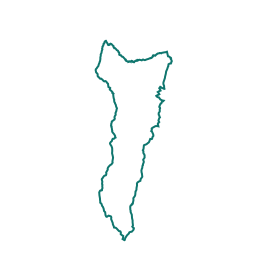 Muereasca, Vâlcea, Romania (Robinson projection), rotated 226°
{"feature_id": "2599482B47458721645660", "entity_name": "Muereasca", "entity_type": "district", "adm_level": 2, "iso_a3": "ROU", "parent_name": "Romania", "parent_adm1": "Vâlcea", "projection": "robinson", "projection_center": [24.285, 45.218], "detail": "fine", "context": "isolated", "style": "outline", "palette": "teal", "viewbox_px": 256, "rotation_deg": 226, "n_neighbors": 0, "source": "geoboundaries", "source_scale": "gbopen_adm2", "svg_char_len": 5843}
<svg xmlns="http://www.w3.org/2000/svg" viewBox="0 0 256 256"><g transform="rotate(226 128 128)"><path d="M190.6,143.9L190.0,143.7L188.2,143.7L187.1,143.0L186.7,142.4L185.9,142.1L184.8,142.3L183.2,142.1L182.4,142.5L182.3,142.9L182.0,143.0L180.5,143.2L179.0,143.1L178.0,143.3L177.9,143.4L177.6,144.2L177.2,144.5L175.6,144.5L174.9,144.3L173.8,144.4L171.1,142.4L170.7,142.5L169.5,143.0L169.1,143.0L168.6,141.9L168.3,141.6L165.6,141.8L164.6,141.7L164.4,141.7L164.2,141.1L162.8,141.4L162.6,140.8L160.4,139.1L159.0,138.2L158.0,137.8L157.7,137.4L156.3,136.3L155.2,136.1L154.8,135.8L152.9,135.2L152.3,134.7L150.8,134.0L149.9,133.8L148.9,132.1L148.4,131.6L147.4,129.3L146.7,128.9L146.0,128.2L145.8,127.1L145.3,125.9L145.0,125.6L144.1,125.2L143.5,124.2L143.7,123.7L143.6,123.0L143.9,121.6L143.9,120.8L143.3,120.2L142.7,118.9L142.2,118.5L141.8,117.7L140.5,117.3L140.4,117.1L140.4,116.8L139.7,116.6L138.2,115.6L138.1,115.4L137.0,114.8L137.0,114.7L136.8,114.4L135.8,113.9L133.0,113.7L131.2,113.2L130.7,112.7L129.8,112.4L130.1,111.6L130.0,111.0L130.1,110.3L130.8,109.5L130.7,108.9L129.8,107.2L129.9,106.1L129.7,104.8L129.5,104.4L128.5,103.9L126.4,103.5L124.5,102.6L122.4,100.7L120.9,99.0L118.3,97.5L117.0,96.6L114.8,93.6L113.7,92.8L113.6,91.8L113.3,90.9L113.6,89.9L113.7,89.2L113.6,87.2L113.4,86.1L112.9,85.1L112.1,84.5L111.2,81.4L110.3,80.8L109.8,80.2L109.4,79.5L109.4,79.1L109.9,78.3L110.1,77.6L109.9,76.0L109.5,74.6L109.6,74.2L109.5,73.8L109.1,73.3L107.3,72.3L105.7,70.4L104.8,70.1L104.2,69.2L102.5,67.9L102.2,67.1L101.3,66.0L101.4,65.6L102.1,65.1L102.3,64.3L101.7,62.6L99.3,60.6L96.8,58.9L95.8,58.0L94.3,56.9L93.8,56.3L93.4,56.1L92.1,56.3L89.7,55.2L88.9,55.2L87.0,54.5L84.9,53.1L83.3,53.1L81.1,51.4L80.4,51.1L79.5,50.8L79.1,50.9L78.8,51.1L78.4,53.2L76.9,54.0L76.2,54.3L75.4,54.0L74.2,52.6L70.2,51.0L69.2,50.2L67.0,49.4L66.1,48.8L65.9,48.9L65.6,49.3L64.7,49.9L63.6,50.0L60.3,49.9L59.7,50.1L59.4,50.5L58.9,50.7L57.8,50.3L56.7,49.0L55.0,49.2L53.7,49.6L52.6,48.4L52.0,47.4L51.9,47.0L49.8,47.5L49.7,47.7L49.9,48.2L50.7,49.5L51.2,51.4L51.5,52.9L51.5,55.0L51.5,55.4L52.0,56.3L51.7,57.4L50.8,58.6L50.9,60.7L51.0,61.3L51.6,62.4L52.1,62.7L52.7,62.4L54.1,62.6L54.3,63.7L54.5,63.9L57.1,65.9L58.2,67.0L60.5,68.4L63.0,70.5L65.5,71.4L66.1,71.8L66.4,72.3L67.6,72.9L69.6,74.7L70.1,75.3L70.1,75.7L70.4,76.2L70.1,77.2L70.1,77.4L70.5,77.7L70.5,77.9L70.6,78.3L70.2,78.6L70.2,78.9L70.8,79.6L72.3,81.8L73.7,83.0L73.9,83.4L74.2,85.4L74.8,86.7L77.2,89.4L77.3,90.3L77.9,91.4L78.9,92.4L80.5,94.7L81.7,95.7L82.0,96.2L82.2,96.9L82.2,97.5L82.0,98.0L81.9,98.9L81.4,100.2L82.4,101.5L83.0,104.4L85.6,106.4L86.6,106.9L88.1,108.1L89.1,109.7L89.3,110.4L90.7,112.1L90.9,112.6L90.9,113.0L91.5,113.5L92.4,115.5L93.1,116.2L94.0,116.5L94.7,117.0L95.0,118.6L95.2,119.4L96.4,120.5L96.5,120.7L97.7,121.4L98.3,121.4L99.1,121.6L100.2,122.4L100.5,122.9L100.9,123.1L101.7,123.2L102.1,124.5L102.4,124.9L104.4,127.3L104.5,127.9L103.8,129.1L103.4,130.6L103.4,131.5L103.2,133.0L103.5,133.9L104.7,136.4L103.6,137.3L103.5,137.8L104.5,139.4L104.7,140.8L105.9,141.7L108.6,142.7L109.6,142.6L109.6,143.2L110.3,143.8L110.5,144.3L111.2,144.7L111.2,145.5L110.3,149.0L109.2,150.3L108.1,151.0L109.2,151.7L109.9,152.0L110.4,152.5L110.5,152.7L110.4,153.2L110.6,153.7L110.6,154.6L111.8,154.9L112.3,155.2L113.4,157.4L113.5,158.4L114.6,158.7L115.5,159.3L116.2,159.3L117.4,160.4L117.7,161.8L117.9,162.4L119.5,163.9L119.9,164.8L120.4,165.1L121.4,165.1L121.8,165.6L121.9,166.1L122.4,167.0L122.6,167.8L122.9,168.3L122.6,169.2L123.1,170.0L123.1,170.5L123.3,170.8L122.8,171.8L122.9,172.6L124.0,171.8L126.1,171.1L128.5,171.5L129.1,171.0L129.6,170.9L129.9,170.7L131.0,170.5L131.5,170.7L130.5,174.0L132.1,174.4L133.2,174.4L132.9,175.9L132.3,177.4L133.7,177.9L134.9,178.1L135.2,179.7L134.6,179.8L134.6,180.0L132.8,180.3L131.9,181.2L131.2,181.2L130.2,181.0L130.6,181.3L131.9,182.0L133.2,183.2L134.9,183.9L135.7,184.6L136.2,185.2L138.4,189.4L139.1,190.2L140.7,192.8L142.1,194.6L142.6,195.7L143.0,196.8L144.1,198.9L144.4,199.5L144.4,199.8L144.7,200.1L145.7,201.4L145.5,202.4L145.1,203.1L144.6,203.6L144.9,204.5L145.3,204.8L145.7,206.0L147.2,206.6L147.9,206.7L148.0,207.1L148.3,207.1L148.7,207.6L149.2,207.5L149.4,207.2L149.7,207.2L149.8,207.3L150.8,207.2L151.8,206.6L155.8,209.0L156.6,207.3L157.2,206.7L157.9,205.5L158.5,204.7L158.6,203.8L159.7,203.2L160.1,202.7L160.1,202.2L160.9,201.2L161.1,200.4L161.0,200.2L161.2,199.2L161.1,198.5L161.4,198.1L161.2,197.8L161.8,197.4L162.0,196.8L162.2,196.7L162.7,196.8L162.8,196.7L162.8,196.4L162.3,196.2L162.2,195.9L162.4,195.2L162.3,194.9L162.0,194.7L162.1,193.5L162.5,192.7L162.8,192.7L163.5,190.7L164.6,188.6L164.7,188.1L165.1,187.3L165.6,186.9L166.8,186.4L167.0,186.0L167.1,184.9L167.7,184.6L169.2,183.6L169.7,182.1L170.1,182.4L170.6,182.0L170.6,181.8L170.0,181.3L170.2,181.0L170.9,180.7L170.8,180.0L171.4,179.2L171.3,178.4L171.1,178.1L171.4,177.8L172.1,177.4L172.9,177.7L173.8,177.3L173.9,176.8L173.6,176.1L174.0,176.1L174.8,175.6L174.9,175.4L174.7,175.1L175.1,174.4L175.3,174.7L175.6,174.6L176.0,174.0L176.4,173.9L177.3,173.3L178.8,173.4L178.9,173.9L179.7,173.7L182.7,173.8L183.3,173.3L183.8,173.4L185.0,173.2L185.2,173.4L186.2,172.8L186.6,172.9L186.9,172.7L188.2,174.0L188.8,174.1L189.1,173.9L189.6,174.0L190.3,174.4L191.0,174.4L191.8,174.0L193.0,174.2L194.7,174.1L195.2,174.0L195.2,173.6L196.0,173.7L197.1,174.5L197.6,174.3L198.5,174.4L199.9,174.4L200.8,174.0L201.0,173.2L200.6,172.5L201.3,171.5L201.9,171.4L202.2,171.8L204.9,172.3L206.0,172.7L206.3,172.3L206.2,170.9L205.5,170.1L205.6,169.2L205.5,168.9L205.3,168.9L205.0,168.5L204.7,167.6L204.4,167.3L204.3,166.2L203.6,165.5L203.0,164.4L202.3,164.1L201.8,162.9L200.4,161.0L199.9,159.5L198.9,158.6L198.1,157.3L197.5,156.6L197.1,156.4L195.5,154.3L195.2,153.4L194.9,153.1L194.0,151.0L193.6,150.4L193.2,149.8L192.9,147.6L192.7,147.2L192.6,145.6L191.8,144.7L191.0,144.3L190.6,143.9Z" fill="none" stroke="#0f766e" stroke-width="2"/></g></svg>